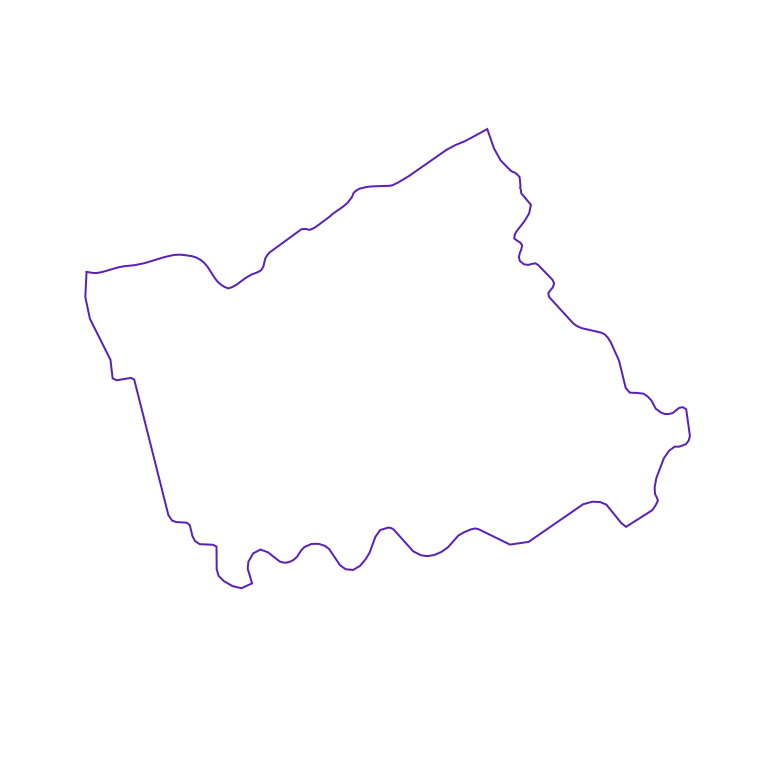 an SVG outline of Mayenne, rotated 61°
{"feature_id": "FRA-5324", "entity_name": "Mayenne", "entity_type": "Metropolitan department", "adm_level": 1, "iso_a3": "FRA", "parent_name": "France", "parent_adm1": "", "projection": "albers", "projection_center": [-0.661, 48.148], "detail": "fine", "context": "isolated", "style": "outline", "palette": "violet", "viewbox_px": 768, "rotation_deg": 61, "n_neighbors": 0, "source": "natural_earth", "source_scale": "10m", "svg_char_len": 2625}
<svg xmlns="http://www.w3.org/2000/svg" viewBox="0 0 768 768"><g transform="rotate(61 384 384)"><path d="M494.4,596.0L493.5,607.7L487.3,614.5L478.8,619.6L471.7,621.7L464.8,620.1L445.0,609.3L441.7,611.5L434.7,622.9L429.8,625.4L424.2,625.3L413.4,622.3L409.7,623.7L403.9,632.8L400.6,635.6L394.0,636.1L259.0,600.3L256.0,602.3L251.1,616.1L247.5,618.6L230.2,611.5L184.4,609.6L163.2,603.1L141.7,589.8L145.5,585.1L147.6,581.6L149.4,576.3L153.1,560.1L155.1,554.0L159.2,544.4L162.2,534.9L166.6,514.3L169.2,505.5L171.0,501.5L173.2,497.8L178.9,490.2L182.5,486.8L186.6,484.2L190.9,482.5L195.9,481.5L209.9,480.6L214.2,479.8L218.4,478.3L221.8,476.4L224.6,474.1L225.1,473.3L225.6,470.1L225.7,464.7L224.2,454.2L224.0,447.1L225.0,440.3L224.9,436.2L222.8,432.6L216.7,427.0L214.7,423.6L213.6,420.6L213.3,418.9L208.6,381.2L209.8,378.5L210.8,376.8L211.9,375.7L213.1,374.4L213.5,371.6L213.6,367.9L211.2,350.1L210.3,346.2L209.1,334.5L208.4,330.6L207.8,327.8L205.0,321.5L204.1,320.2L202.4,318.3L201.5,315.8L201.2,311.0L203.1,304.1L205.2,299.0L213.2,283.3L214.3,280.2L214.6,273.2L214.2,261.2L209.5,216.1L209.6,205.8L210.9,194.9L211.1,170.1L231.4,173.6L245.1,173.6L258.4,169.9L260.5,168.9L261.5,167.8L264.5,166.1L268.8,165.1L277.1,168.7L278.5,169.9L280.8,170.2L283.7,171.5L298.5,168.6L305.2,174.4L309.7,182.2L314.8,194.2L317.0,197.5L319.9,199.5L323.4,198.0L326.3,196.3L329.5,195.9L332.5,198.3L335.2,201.6L338.4,204.5L342.2,205.5L347.1,203.6L349.8,200.1L350.7,196.3L351.9,193.0L354.8,191.4L374.6,186.1L378.5,186.4L381.4,189.6L382.7,193.2L384.3,196.3L388.1,197.4L423.1,189.0L427.1,187.0L430.9,184.1L444.6,168.9L447.9,166.8L451.8,165.8L457.0,165.4L477.4,167.1L504.6,174.5L510.5,173.3L512.3,170.7L514.1,167.6L518.1,161.9L522.5,159.5L528.2,158.1L537.3,158.3L542.6,155.9L546.4,153.0L548.4,149.2L549.4,145.4L548.6,141.4L548.0,137.1L549.2,133.9L552.5,131.9L577.7,141.6L581.1,144.8L583.0,149.1L582.0,155.9L579.7,160.3L580.6,167.1L584.7,175.3L598.3,191.4L605.6,197.4L611.6,200.3L615.3,200.4L618.9,201.0L622.1,205.8L624.4,210.5L626.3,241.5L620.7,243.9L597.3,248.0L592.0,252.2L588.0,258.8L585.7,268.1L592.2,334.1L585.5,351.7L557.1,371.5L554.6,374.2L553.3,378.4L552.5,385.7L552.6,392.5L557.8,407.1L558.7,415.0L558.0,422.7L555.6,429.5L551.7,434.7L544.4,439.6L516.0,446.1L513.7,447.4L511.7,449.7L509.9,458.1L513.4,465.5L524.5,478.3L528.4,485.1L531.4,493.1L531.7,501.1L527.4,507.4L521.2,510.3L501.6,512.0L496.7,514.3L492.1,518.7L488.8,524.8L488.0,532.4L489.2,536.7L493.0,543.9L494.0,548.4L493.8,552.7L492.8,556.3L491.0,559.1L488.6,561.3L474.9,567.1L468.9,572.3L468.7,580.5L473.7,588.8L479.6,592.8L494.4,596.0Z" fill="none" stroke="#5b21b6" stroke-width="2"/></g></svg>